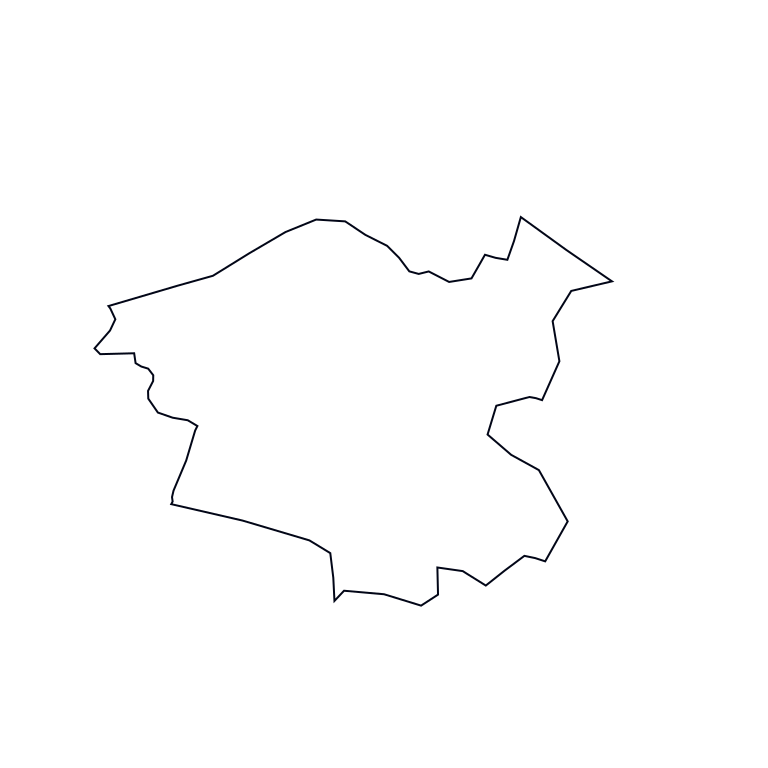 the District of Ağcabədi, rotated 229°
{"feature_id": "AZE-1722", "entity_name": "Ağcabədi", "entity_type": "District", "adm_level": 1, "iso_a3": "AZE", "parent_name": "Azerbaijan", "parent_adm1": "", "projection": "natural_earth1", "projection_center": [47.421, 39.981], "detail": "fine", "context": "isolated", "style": "outline", "palette": "ink", "viewbox_px": 768, "rotation_deg": 229, "n_neighbors": 0, "source": "natural_earth", "source_scale": "10m", "svg_char_len": 1114}
<svg xmlns="http://www.w3.org/2000/svg" viewBox="0 0 768 768"><g transform="rotate(229 384 384)"><path d="M184.4,322.7L186.7,322.0L191.1,320.7L210.5,303.9L189.6,286.6L192.4,266.6L225.3,246.1L254.2,218.2L252.8,204.3L271.0,218.6L291.6,232.5L314.9,225.1L373.8,187.6L432.9,144.6L434.0,147.4L437.7,149.8L441.6,155.2L456.0,184.5L472.8,211.0L474.7,215.6L485.4,212.1L497.2,202.4L510.8,194.6L527.6,196.5L533.6,201.4L537.7,211.7L542.0,215.6L550.3,216.1L556.4,212.3L562.7,210.2L571.1,215.6L592.7,189.4L600.8,188.9L604.1,212.3L609.1,223.7L620.6,227.0L623.6,227.2L593.7,292.5L577.9,325.9L571.0,368.3L563.3,409.4L552.6,440.7L532.2,461.4L508.7,467.8L486.2,477.0L469.4,478.2L452.4,477.0L444.3,482.4L439.6,491.6L418.3,500.1L406.3,519.3L411.3,533.7L415.3,545.0L406.0,551.0L396.8,558.6L406.6,575.9L420.2,596.8L365.7,609.5L311.9,623.4L331.4,586.4L320.8,552.5L311.8,547.0L286.1,531.3L274.2,505.8L268.1,492.7L273.6,489.4L278.8,485.2L293.9,454.5L277.9,429.0L247.1,433.5L217.4,444.4L216.9,444.3L159.8,432.5L144.4,389.3L153.4,383.9L162.2,377.2L164.0,352.7L165.1,328.6L184.4,322.7Z" fill="none" stroke="#020617" stroke-width="2"/></g></svg>